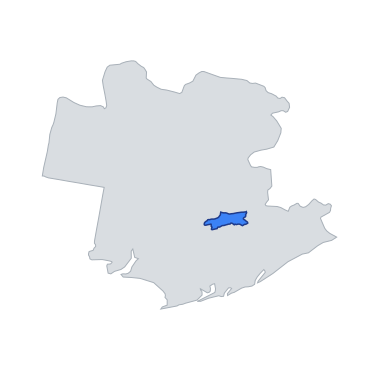 Douya-Onoyè, Ngounié, Gabon shown in context, rotated 280°
{"feature_id": "22940354B97081518304262", "entity_name": "Douya-Onoyè", "entity_type": "district", "adm_level": 2, "iso_a3": "GAB", "parent_name": "Gabon", "parent_adm1": "Ngounié", "projection": "natural_earth1", "projection_center": [11.048, -1.613], "detail": "fine", "context": "in_parent", "style": "filled", "palette": "blue", "viewbox_px": 384, "rotation_deg": 280, "n_neighbors": 0, "source": "geoboundaries", "source_scale": "gbopen_adm2", "svg_char_len": 5453}
<svg xmlns="http://www.w3.org/2000/svg" viewBox="0 0 384 384"><g transform="rotate(280 192 192)"><path d="M263.1,48.5L262.9,51.9L259.6,60.2L258.0,66.5L257.6,73.3L258.5,78.8L260.1,82.7L261.2,86.9L260.4,89.9L258.8,91.2L259.9,92.6L262.3,93.0L266.4,91.7L272.7,89.4L281.0,86.2L286.4,84.4L295.4,85.5L300.2,86.8L302.6,89.1L305.3,98.8L306.6,100.3L308.8,104.4L310.6,109.4L311.0,111.9L310.8,113.8L308.9,116.5L306.9,120.4L306.2,122.8L304.4,124.6L302.3,126.4L296.3,127.1L295.4,128.1L293.7,132.3L290.5,135.9L289.1,139.3L287.8,143.8L288.0,149.3L287.4,157.4L286.8,162.8L288.4,164.7L295.5,166.0L296.9,167.1L298.8,170.5L301.3,173.6L307.8,175.6L310.4,178.1L312.4,180.7L312.7,182.9L311.2,191.6L309.8,200.0L310.3,206.3L310.9,212.4L311.6,221.3L311.3,226.7L309.4,230.0L309.4,232.6L310.3,235.7L308.6,244.3L307.6,245.8L304.6,247.4L303.1,249.7L302.6,253.4L301.0,258.3L299.4,260.2L299.4,262.5L301.0,264.2L300.9,266.8L298.0,269.9L296.2,272.2L292.3,273.4L287.9,272.2L286.8,270.4L287.9,267.8L287.5,265.6L286.0,263.4L283.6,257.6L281.5,256.3L280.3,258.7L276.7,263.1L270.2,268.8L265.7,269.2L257.4,267.5L250.5,264.8L247.2,258.2L245.2,252.7L242.2,246.4L238.9,243.3L235.3,241.4L233.7,241.3L228.6,244.8L227.1,246.2L227.1,249.2L227.6,252.0L228.4,253.3L229.0,255.1L228.9,257.8L228.0,261.5L227.7,265.6L211.7,269.6L209.0,268.2L207.0,266.3L204.5,266.6L197.6,268.7L195.1,267.3L192.6,266.2L191.4,267.1L191.3,268.8L192.5,278.4L192.1,282.1L190.5,286.9L189.7,290.1L194.0,291.0L195.5,292.5L197.0,294.9L199.0,297.2L199.2,298.5L196.8,301.0L196.1,304.1L197.2,306.5L200.0,309.1L204.2,311.7L206.3,313.4L206.1,315.0L204.1,318.3L203.4,321.1L202.1,323.7L202.3,326.0L204.2,328.2L204.0,330.2L202.7,331.7L200.1,331.4L197.9,331.6L195.9,331.0L189.7,323.4L188.3,323.1L179.3,329.0L177.1,331.4L175.2,334.8L172.7,342.3L168.6,337.9L165.1,330.0L160.9,325.1L152.3,317.2L150.0,311.4L140.0,298.6L125.8,285.8L115.5,274.7L113.9,272.3L115.6,272.6L125.6,278.1L126.9,277.5L128.1,276.2L123.8,273.3L119.7,271.0L115.8,269.6L112.0,269.7L109.8,267.4L108.4,263.8L107.7,260.8L106.0,257.6L100.5,251.0L99.2,248.4L96.2,245.0L98.0,244.5L103.9,247.8L104.4,246.5L103.9,244.6L98.0,241.4L94.8,241.2L94.1,239.0L94.5,236.4L90.3,226.8L85.9,219.6L85.2,216.2L97.0,231.9L98.6,232.1L100.7,232.0L105.6,230.2L104.7,228.2L102.4,225.9L100.3,226.9L97.5,227.2L96.1,226.2L95.4,224.6L98.2,217.0L97.0,217.4L96.1,218.8L94.6,219.4L92.2,219.8L86.4,215.7L81.3,204.8L79.9,202.5L78.6,198.7L77.2,197.1L71.3,181.6L73.6,182.7L76.3,187.2L81.5,186.3L83.5,183.7L85.3,183.8L87.1,183.2L89.4,180.7L96.1,170.0L97.9,155.8L97.3,147.4L96.3,139.0L98.5,136.4L99.4,138.1L99.8,141.1L100.9,143.3L103.3,145.3L107.7,145.8L114.6,148.9L117.0,150.8L117.7,146.9L125.6,143.6L123.2,142.4L116.2,143.7L106.5,138.7L103.4,135.5L100.4,129.5L97.3,126.3L97.5,123.5L104.4,120.9L106.2,121.2L107.0,124.3L108.8,125.5L109.5,125.1L109.8,122.5L109.9,115.3L107.8,105.1L108.4,103.1L110.3,102.4L112.0,101.0L113.2,100.8L115.5,101.0L116.7,103.4L117.3,104.7L119.7,105.3L121.6,106.6L123.3,106.2L124.6,104.8L126.7,104.5L133.0,104.5L138.7,104.5L150.0,104.6L161.4,104.6L172.7,104.6L181.3,104.7L181.3,98.8L181.2,89.8L181.2,79.1L181.1,68.9L181.1,59.4L181.0,48.2L181.5,45.0L182.0,43.7L181.8,41.8L190.6,41.7L206.5,42.5L213.5,42.4L215.5,42.6L224.1,42.0L231.2,42.7L234.2,43.5L236.9,43.9L245.3,44.4L256.3,43.8L260.0,43.9L262.1,45.5L263.1,48.5Z" fill="#d9dde1" stroke="#a8b0b8" stroke-width="1"/><path d="M177.2,223.8L176.4,223.8L175.3,223.8L174.8,223.9L174.2,223.8L173.5,223.4L172.9,223.1L172.2,222.8L171.5,222.3L170.9,221.6L170.5,221.0L170.3,220.5L169.6,219.5L169.3,218.7L169.0,217.8L168.9,216.9L168.7,216.0L168.5,215.4L168.3,215.0L168.0,214.6L167.8,213.9L167.7,213.0L167.4,212.4L167.2,212.2L166.8,212.1L166.3,211.9L166.0,211.4L165.4,210.8L164.9,210.3L164.4,210.0L163.9,209.7L163.2,209.6L162.5,209.6L161.9,209.8L161.6,210.2L161.6,210.8L161.7,211.4L162.0,212.0L162.3,212.7L162.6,213.4L163.0,214.5L163.2,215.2L163.5,215.6L163.6,216.1L163.6,216.4L163.2,216.6L162.5,216.7L161.7,216.8L161.4,217.0L161.1,217.5L160.8,217.8L160.4,217.8L160.1,217.7L159.7,217.6L159.0,217.6L158.5,217.7L158.4,218.2L158.5,218.8L158.8,219.4L159.4,220.8L159.9,222.0L160.3,223.1L160.6,223.2L161.1,223.3L161.4,223.3L161.7,223.4L161.9,223.8L162.1,224.4L162.2,225.1L162.4,225.5L162.7,225.9L163.1,226.3L163.4,226.7L163.7,227.0L164.0,227.3L164.2,227.7L164.3,228.3L164.5,228.9L164.7,229.4L164.8,229.9L165.1,230.3L165.4,230.9L165.7,231.5L166.1,232.5L166.6,233.2L166.8,234.1L167.0,234.8L167.1,235.1L167.5,235.4L167.9,235.5L168.1,235.7L168.2,236.2L168.2,236.7L168.1,237.1L167.9,237.6L167.7,238.1L167.4,238.4L167.2,238.8L167.1,239.2L167.1,239.5L167.5,239.6L167.8,239.9L167.8,240.5L167.6,240.9L167.6,241.3L167.9,242.0L168.3,242.7L168.5,243.7L168.6,244.7L168.3,245.5L168.0,246.3L167.8,246.9L167.6,247.4L167.8,247.8L168.6,248.7L168.9,248.9L169.2,249.2L169.3,249.9L169.6,250.5L170.0,251.2L171.0,252.3L171.8,252.0L172.1,251.7L172.4,251.1L172.6,250.5L172.9,250.1L173.2,249.6L173.5,249.1L173.8,248.4L174.0,247.7L174.3,247.3L174.8,247.2L175.4,247.3L175.9,247.7L176.4,248.3L176.7,248.8L177.2,249.0L177.9,249.1L178.3,248.9L179.0,248.7L179.5,248.9L180.1,249.2L180.6,249.3L181.5,249.3L181.7,249.0L182.1,248.8L181.8,248.5L181.6,248.1L181.5,247.5L181.3,246.8L181.1,246.3L181.0,245.7L180.8,244.9L180.7,244.2L180.1,242.4L179.4,240.1L177.9,236.3L177.6,235.2L177.4,234.4L177.0,233.4L176.8,232.8L176.8,232.2L176.9,231.5L177.0,230.9L177.2,230.2L177.3,229.5L177.3,228.5L177.1,227.6L176.9,226.4L177.0,225.2L177.2,223.8Z" fill="#3b82f6" stroke="#1e3a8a" stroke-width="1.5"/></g></svg>